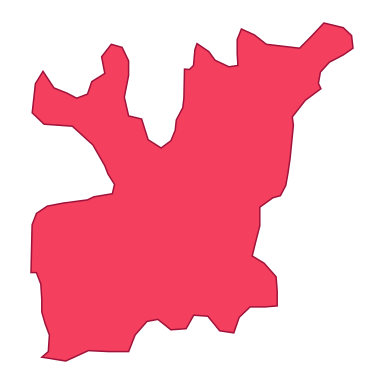 the district of Paju-si, Gyeonggi, South Korea
{"feature_id": "91817680B14253606839965", "entity_name": "Paju-si", "entity_type": "district", "adm_level": 2, "iso_a3": "KOR", "parent_name": "South Korea", "parent_adm1": "Gyeonggi", "projection": "robinson", "projection_center": [126.826, 37.84], "detail": "fine", "context": "isolated", "style": "filled", "palette": "rose", "viewbox_px": 384, "rotation_deg": 0, "n_neighbors": 0, "source": "geoboundaries", "source_scale": "gbopen_adm2", "svg_char_len": 1311}
<svg xmlns="http://www.w3.org/2000/svg" viewBox="0 0 384 384"><path d="M184.5,69.1L183.9,98.2L182.8,107.6L176.3,120.0L175.2,130.4L170.9,140.8L161.1,148.0L148.1,139.7L141.6,119.0L128.6,115.9L124.3,97.2L128.6,75.4L128.6,60.9L122.1,47.4L111.3,44.3L101.6,56.8L104.8,73.4L91.8,81.6L87.5,94.1L76.6,98.2L66.9,93.1L53.9,87.9L43.0,71.3L35.4,83.7L32.2,112.8L44.1,124.2L72.3,126.2L92.9,144.9L104.8,165.7L108.0,174.0L114.5,184.3L112.4,193.7L93.9,196.8L87.4,199.9L63.6,203.0L47.3,206.1L36.5,213.4L32.1,224.8L31.0,272.6L36.4,272.6L40.8,284.0L41.8,299.6L41.8,312.1L45.1,323.5L49.4,335.0L48.3,351.6L41.8,357.2L65.7,361.0L88.4,350.6L109.1,351.6L128.6,351.6L135.1,335.0L147.0,321.4L157.9,319.4L170.9,329.8L186.1,328.7L193.7,315.2L207.8,316.2L219.7,330.8L233.8,332.9L239.2,317.3L250.1,306.9L265.3,306.9L277.2,305.9L277.2,291.3L276.1,276.8L264.1,263.2L252.2,256.0L255.5,242.5L259.8,225.9L259.8,207.2L272.8,197.8L280.4,195.7L285.8,185.4L288.0,172.9L290.1,158.4L293.4,125.2L292.3,116.9L305.3,100.3L320.9,88.7L318.4,83.4L320.4,72.1L329.4,62.2L343.3,54.9L353.0,48.2L351.6,35.6L343.3,27.7L323.9,23.0L311.4,36.3L299.6,48.2L266.3,44.3L254.5,35.0L241.4,29.0L237.2,39.6L237.2,53.5L237.9,65.5L228.9,66.8L215.0,60.2L208.8,51.6L197.0,43.6L194.9,49.6L193.5,65.5L189.4,69.5L184.5,69.1Z" fill="#f43f5e" stroke="#9f1239" stroke-width="1.5"/></svg>